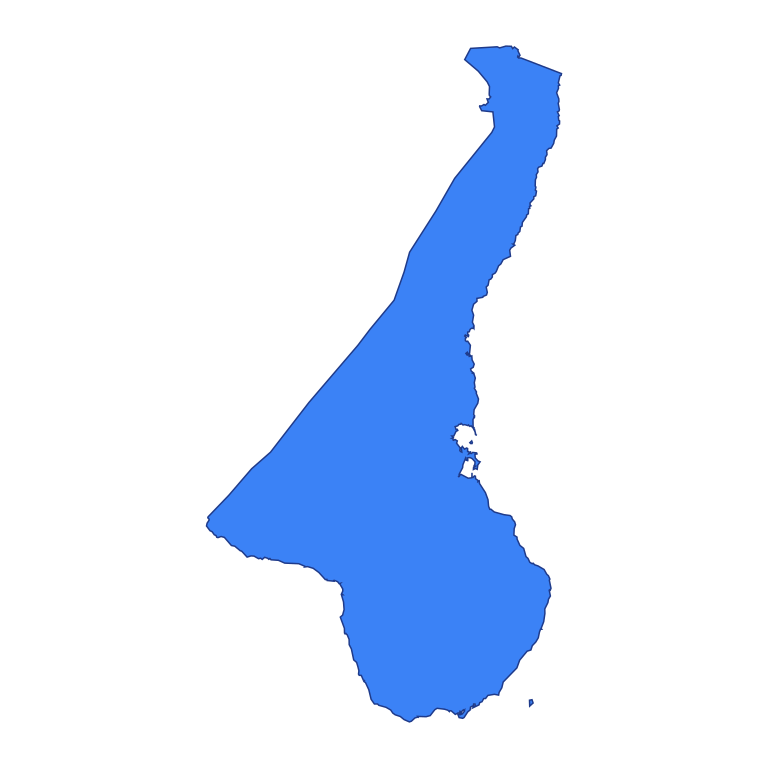 outline of Negros Oriental, Negros Oriental, Philippines
{"feature_id": "2640588B56610026740587", "entity_name": "Negros Oriental", "entity_type": "district", "adm_level": 2, "iso_a3": "PHL", "parent_name": "Philippines", "parent_adm1": "Negros Oriental", "projection": "albers", "projection_center": [123.112, 9.739], "detail": "fine", "context": "isolated", "style": "filled", "palette": "blue", "viewbox_px": 768, "rotation_deg": 0, "n_neighbors": 0, "source": "geoboundaries", "source_scale": "gbopen_adm2", "svg_char_len": 6101}
<svg xmlns="http://www.w3.org/2000/svg" viewBox="0 0 768 768"><path d="M206.5,526.0L210.0,530.7L212.1,531.7L214.3,534.8L216.0,535.5L216.8,537.3L218.0,537.6L221.1,536.5L224.4,537.4L231.4,545.5L234.8,546.2L240.2,550.7L241.7,551.2L247.1,557.1L251.0,555.9L254.0,556.1L258.6,558.7L260.6,558.2L262.2,559.4L264.7,557.3L267.7,558.3L269.3,559.7L269.0,558.9L269.9,558.5L271.0,559.8L278.4,560.3L284.7,563.1L298.8,563.7L304.7,566.2L304.4,567.0L307.6,566.6L313.2,568.3L318.9,572.5L325.3,579.6L326.9,579.4L327.1,580.5L334.0,581.2L333.8,580.5L334.5,580.4L337.6,581.7L339.2,583.7L340.3,583.4L339.8,583.9L342.7,588.9L342.8,591.0L341.6,593.7L342.8,594.7L341.4,594.7L343.5,601.9L344.1,609.6L342.6,615.1L340.3,617.1L344.4,628.3L344.5,633.0L345.1,633.9L345.8,633.4L346.5,633.3L345.9,633.6L347.2,634.8L349.1,639.4L349.2,644.7L351.4,649.0L353.7,659.9L356.6,662.4L357.9,666.7L358.9,670.8L358.5,674.1L359.2,675.3L361.3,675.4L363.3,680.1L364.4,680.5L363.9,681.5L365.5,682.6L368.8,689.7L371.1,699.3L374.4,704.0L377.6,704.0L378.8,705.3L386.0,707.3L390.7,710.0L392.8,713.1L395.2,714.8L400.3,716.5L404.1,719.6L409.4,721.9L411.4,721.2L415.0,717.9L417.9,717.1L418.8,717.6L417.8,716.4L426.1,716.7L430.2,715.6L434.8,709.7L437.1,708.3L444.5,709.2L447.8,710.2L449.4,711.6L449.9,710.7L451.2,710.8L455.3,714.4L458.1,712.9L460.4,713.3L461.2,712.8L459.9,712.1L459.9,711.3L461.5,711.7L463.4,709.8L464.1,710.4L464.6,709.9L464.5,711.1L462.3,713.9L460.4,714.7L457.9,714.5L459.1,717.6L462.7,718.3L464.1,717.5L467.8,711.8L470.1,710.0L470.5,707.1L473.4,705.6L473.6,704.0L475.0,704.0L475.2,705.1L474.6,706.7L474.1,706.9L473.9,706.6L473.5,706.8L472.9,707.8L479.0,704.9L479.7,702.6L482.0,701.7L483.7,698.6L485.6,698.5L487.9,695.4L494.4,694.3L498.6,695.1L499.1,692.4L501.8,687.8L503.2,682.0L516.9,667.9L519.7,660.1L527.1,651.2L530.9,650.0L532.3,645.7L535.8,642.0L538.3,637.8L539.5,631.9L540.5,629.3L541.7,629.2L541.1,628.5L543.7,621.7L544.9,613.5L544.8,608.9L547.9,602.6L548.5,599.2L550.4,596.0L549.2,590.2L549.8,589.7L550.3,590.1L551.0,588.3L549.3,580.1L549.9,579.1L548.4,575.7L546.8,574.3L544.1,569.5L538.0,565.9L534.7,564.8L533.1,563.2L532.2,563.7L529.8,562.3L528.0,558.4L526.0,556.6L523.7,548.4L519.9,545.4L517.1,539.2L517.0,537.1L513.9,535.1L514.2,528.6L515.5,524.8L514.7,521.9L512.3,519.0L511.7,516.8L510.0,515.5L504.1,514.7L494.3,512.0L490.9,509.2L489.8,509.3L488.6,506.3L488.0,499.7L485.4,492.6L479.5,483.5L479.2,480.9L477.9,481.6L478.1,480.5L475.6,478.7L475.4,476.2L474.4,475.9L473.0,477.5L472.0,477.6L472.0,472.8L471.9,477.4L471.1,477.9L468.2,478.2L461.0,474.4L460.1,474.7L459.2,476.5L458.0,476.7L459.4,475.8L459.1,474.3L462.6,467.7L462.9,464.8L465.5,458.3L466.0,460.1L467.2,460.5L467.3,459.8L467.8,460.3L467.9,460.0L467.2,457.9L470.1,457.6L472.2,458.7L475.0,461.7L474.9,464.2L474.0,465.9L475.6,466.1L473.5,467.7L473.4,469.5L475.5,468.5L477.2,469.3L477.8,465.0L480.1,461.8L478.0,460.9L475.3,458.0L474.9,454.4L477.0,453.9L476.6,452.9L472.7,452.4L471.3,453.5L470.1,453.2L470.7,451.2L470.0,453.3L468.7,453.9L469.3,452.7L468.7,451.6L467.6,451.5L467.6,448.5L466.6,448.0L464.5,449.1L462.3,446.4L461.3,448.0L461.8,452.1L460.5,451.5L459.8,450.5L460.2,447.8L459.4,447.8L460.0,447.7L456.6,443.2L457.3,440.9L455.0,439.5L453.6,440.3L453.0,439.9L453.1,438.1L452.3,438.1L453.3,437.5L451.9,436.0L453.8,436.0L456.0,431.4L457.8,430.5L457.3,429.3L456.0,429.4L455.1,426.6L457.7,425.9L458.9,424.4L460.6,424.2L461.1,423.4L463.0,425.0L464.7,424.6L468.0,425.6L468.5,425.0L469.9,426.4L471.0,425.8L473.1,428.0L475.1,431.9L475.5,434.6L476.8,435.4L475.8,434.6L474.5,429.2L473.7,428.6L474.0,427.6L473.1,427.1L473.0,419.3L474.5,417.3L474.4,417.0L473.8,417.1L473.3,416.8L474.0,416.9L474.7,416.0L473.7,414.5L474.1,409.7L477.8,403.2L478.5,399.0L476.2,393.1L476.5,392.0L474.3,388.2L475.0,387.1L474.3,382.6L475.3,378.1L473.9,373.8L472.7,373.2L473.5,372.9L471.2,371.0L470.6,368.9L473.2,367.3L474.2,364.1L472.1,359.9L471.8,356.0L471.2,356.3L470.2,355.2L470.0,356.3L469.2,356.4L469.2,354.6L467.2,355.1L465.9,353.4L467.3,352.2L468.0,353.8L469.6,353.2L470.4,345.3L467.7,341.2L466.6,341.5L465.4,340.6L465.4,338.3L466.4,337.6L464.7,336.0L465.3,335.0L468.4,336.5L468.7,335.1L467.7,334.3L467.7,332.1L469.3,331.7L470.0,329.5L471.4,328.3L473.3,328.4L473.4,327.7L473.9,328.4L474.0,325.7L472.4,322.2L473.6,315.2L471.9,310.2L473.6,304.2L477.0,301.3L476.9,298.4L482.8,297.3L483.2,296.4L486.5,295.0L487.3,292.4L486.2,287.0L488.1,285.2L489.1,279.8L490.8,279.1L492.3,277.1L492.4,274.6L495.1,273.1L496.3,271.4L498.6,265.8L500.8,264.0L503.2,259.6L510.5,256.3L509.7,250.2L510.9,248.1L514.8,245.2L513.0,244.1L513.8,244.0L515.3,240.6L515.9,235.5L517.8,234.5L518.1,233.0L519.8,231.5L520.5,226.9L522.0,226.2L522.4,222.4L526.4,216.8L526.6,215.0L528.3,213.8L528.6,208.7L529.8,208.4L529.5,206.4L530.9,205.8L530.1,205.0L530.0,203.0L533.8,198.9L533.8,196.7L535.7,195.8L536.5,191.1L535.3,190.1L535.9,187.1L535.2,186.0L535.4,179.7L536.5,177.3L536.3,174.6L538.0,171.9L537.6,168.6L538.8,167.1L541.9,166.1L542.9,163.4L543.8,163.5L545.4,159.6L545.4,157.2L547.0,154.7L546.8,152.0L547.3,151.8L546.7,151.9L546.6,150.7L548.9,148.4L551.1,148.1L553.7,143.4L554.3,140.1L556.5,136.1L556.7,129.1L558.2,128.0L556.9,125.9L559.5,124.0L559.6,120.9L558.7,120.2L558.3,116.4L559.2,115.7L557.4,111.9L559.1,110.9L559.4,109.6L558.2,103.2L558.9,101.6L558.8,98.8L556.6,92.8L558.5,88.3L558.3,85.8L559.7,85.1L558.3,82.9L560.0,75.8L561.1,75.4L561.5,73.6L521.0,58.0L518.6,58.0L517.6,57.0L517.9,56.1L518.7,57.1L520.0,55.3L517.9,50.8L518.2,49.8L514.4,47.0L512.7,48.6L511.4,46.3L505.9,46.1L499.6,47.9L497.2,46.8L470.6,48.4L464.7,59.6L478.2,71.1L487.2,81.9L489.5,86.5L489.2,94.1L489.4,95.6L490.7,96.9L489.0,99.0L487.0,98.9L488.3,102.4L485.3,105.3L484.0,104.5L481.5,106.0L479.7,105.9L479.6,106.6L481.7,110.7L492.9,111.9L494.5,127.0L491.8,132.4L454.7,178.3L436.0,210.9L409.6,252.2L404.1,272.0L394.1,300.2L370.2,329.1L357.8,345.4L309.0,402.4L270.5,452.2L251.6,468.8L228.7,495.4L208.1,516.8L207.8,517.8L209.1,519.2L209.0,520.3L207.1,523.2L206.5,526.0ZM532.0,699.7L529.5,700.2L529.7,706.1L533.1,703.0L532.0,699.7ZM471.7,440.9L469.8,442.7L470.7,443.6L472.0,443.6L472.4,442.7L471.7,440.9Z" fill="#3b82f6" stroke="#1e3a8a" stroke-width="1.5"/></svg>